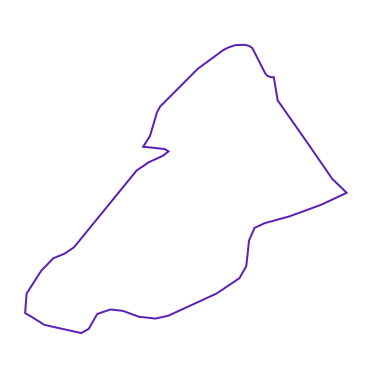 the Unitary Authority (wales) of Flintshire, rotated 276°
{"feature_id": "GBR-2126", "entity_name": "Flintshire", "entity_type": "Unitary Authority (wales)", "adm_level": 1, "iso_a3": "GBR", "parent_name": "United Kingdom", "parent_adm1": "", "projection": "albers", "projection_center": [-3.16, 53.209], "detail": "fine", "context": "isolated", "style": "outline", "palette": "violet", "viewbox_px": 384, "rotation_deg": 276, "n_neighbors": 0, "source": "natural_earth", "source_scale": "10m", "svg_char_len": 776}
<svg xmlns="http://www.w3.org/2000/svg" viewBox="0 0 384 384"><g transform="rotate(276 192 192)"><path d="M231.9,138.7L243.4,144.4L267.8,148.9L273.7,151.4L315.2,184.9L336.7,208.6L339.6,213.2L342.5,219.5L343.9,228.8L343.2,233.8L341.4,237.0L317.5,252.5L315.3,255.0L314.4,258.7L314.7,261.4L314.3,261.5L292.1,267.6L252.1,302.4L219.6,330.2L207.4,345.9L192.9,321.9L177.9,291.3L168.7,267.7L162.9,258.0L149.6,253.8L137.1,253.8L123.8,253.7L111.3,248.2L93.8,227.3L75.6,196.7L66.5,181.4L62.3,168.9L62.4,152.2L66.6,135.6L66.6,123.1L60.8,110.5L45.1,103.6L40.1,96.6L44.4,59.1L51.1,45.5L53.7,39.6L54.2,38.7L73.6,38.1L98.0,50.3L111.6,61.0L117.5,71.9L124.8,80.5L207.6,134.7L217.1,145.9L225.1,159.4L229.9,164.4L231.9,160.2L231.9,138.7Z" fill="none" stroke="#5b21b6" stroke-width="2"/></g></svg>